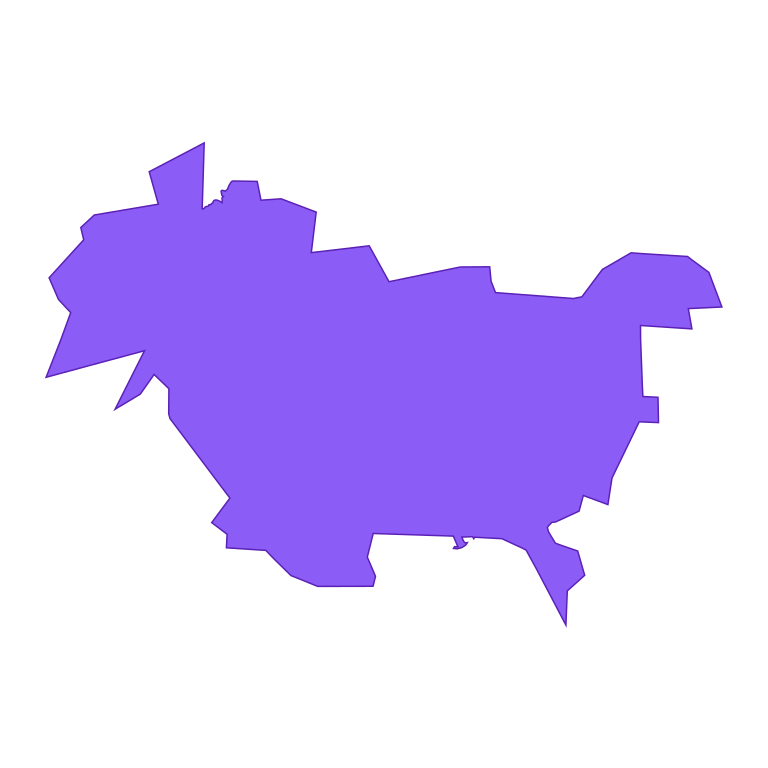 the district of Huásabas, Sonora, Mexico
{"feature_id": "50627088B89429214037854", "entity_name": "Huásabas", "entity_type": "district", "adm_level": 2, "iso_a3": "MEX", "parent_name": "Mexico", "parent_adm1": "Sonora", "projection": "mercator", "projection_center": [-109.391, 29.971], "detail": "fine", "context": "isolated", "style": "filled", "palette": "violet", "viewbox_px": 768, "rotation_deg": 0, "n_neighbors": 0, "source": "geoboundaries", "source_scale": "gbopen_adm2", "svg_char_len": 2714}
<svg xmlns="http://www.w3.org/2000/svg" viewBox="0 0 768 768"><path d="M373.1,586.2L375.5,576.3L367.3,557.1L373.2,533.5L453.3,536.1L457.9,546.7L454.5,546.7L453.5,548.4L454.7,548.5L455.2,548.6L455.7,548.7L456.2,548.7L456.5,548.8L456.9,548.8L457.2,548.8L457.5,548.8L457.7,548.5L459.5,548.3L460.6,548.0L461.1,547.8L461.7,547.6L462.0,547.4L462.6,547.1L463.1,546.8L463.3,546.7L463.7,546.4L464.8,545.7L465.6,545.1L466.3,544.3L466.6,543.8L467.3,542.6L466.3,542.8L465.8,542.9L465.5,542.9L465.3,542.8L465.1,542.7L464.9,542.6L464.7,542.5L464.5,542.3L464.2,542.0L464.0,541.7L463.7,541.3L463.6,541.0L463.0,539.9L462.5,538.7L461.9,537.1L463.9,537.0L472.5,536.7L473.8,538.7L474.7,537.2L477.8,537.4L501.9,538.7L521.4,547.7L526.1,550.1L536.9,569.8L565.9,625.1L567.3,590.9L574.3,584.6L584.7,575.3L581.6,564.6L580.1,559.3L577.7,551.0L562.3,545.7L555.4,543.2L552.5,538.4L548.7,532.1L547.3,527.5L548.8,525.5L552.0,522.3L555.5,522.0L579.1,511.1L583.3,495.5L597.7,500.8L607.9,504.6L612.0,478.0L639.2,421.8L658.5,422.6L658.0,397.3L642.9,396.5L642.4,387.1L640.6,339.4L640.5,325.5L691.9,328.9L688.3,308.6L721.9,307.0L708.9,272.4L692.3,260.2L687.6,256.5L641.8,253.6L631.1,252.8L602.4,269.4L581.9,296.8L573.4,298.5L495.5,292.6L491.1,281.3L489.8,267.8L489.7,266.8L474.3,266.9L460.3,267.0L431.1,273.0L389.0,281.7L369.2,245.8L311.3,252.6L316.2,212.1L281.1,198.8L261.0,200.2L257.2,181.4L233.7,181.0L232.2,181.1L231.8,181.5L231.0,182.3L230.6,182.7L230.2,183.4L230.0,183.9L229.3,184.8L229.0,185.5L228.7,186.3L228.2,187.2L228.0,188.0L227.8,188.6L226.9,189.8L226.3,190.2L226.0,190.6L225.2,191.2L224.3,190.8L223.6,190.6L223.1,190.5L222.0,190.3L221.3,190.8L221.1,191.4L221.2,192.0L221.4,192.8L221.6,193.8L221.8,195.2L222.3,195.8L222.7,196.2L223.3,196.6L223.1,196.7L222.8,196.9L222.6,197.1L222.5,197.3L222.3,197.5L222.2,197.8L222.1,198.0L222.0,198.3L222.0,198.6L222.0,198.9L222.1,199.4L222.3,200.5L222.2,201.2L222.0,202.7L221.8,202.5L221.6,202.3L221.1,202.0L220.4,201.5L220.0,201.3L219.7,201.1L219.0,200.9L217.9,200.4L216.6,200.0L215.4,200.0L214.3,200.3L213.6,200.9L213.1,201.8L212.7,202.9L212.0,203.3L211.6,203.6L211.1,204.2L210.9,204.7L210.0,204.6L209.3,204.6L208.8,205.0L208.5,205.8L208.2,206.2L207.5,206.3L206.2,206.5L205.3,207.0L204.6,207.7L204.3,208.3L203.8,208.6L203.3,208.8L202.2,208.8L204.2,142.9L149.2,171.7L158.3,204.2L94.3,215.0L80.8,227.5L83.7,239.8L49.1,277.8L58.5,299.5L70.7,312.6L61.1,339.0L59.9,342.1L46.1,377.3L86.6,366.3L144.5,350.7L115.1,409.2L140.3,394.1L154.1,374.5L168.9,388.7L168.7,413.8L170.0,418.6L175.6,426.0L219.7,484.6L229.9,498.1L211.7,522.6L227.1,534.3L226.4,547.8L261.2,550.1L265.7,550.3L274.9,559.8L291.0,575.6L299.0,578.8L317.7,586.4L364.7,586.3L373.1,586.2Z" fill="#8b5cf6" stroke="#5b21b6" stroke-width="1.5"/></svg>